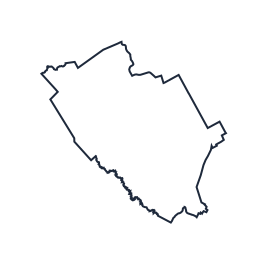 the district of Palmerston North City, Manawatu-Wanganui, New Zealand, rotated 103°
{"feature_id": "76426892B89930780438599", "entity_name": "Palmerston North City", "entity_type": "district", "adm_level": 2, "iso_a3": "NZL", "parent_name": "New Zealand", "parent_adm1": "Manawatu-Wanganui", "projection": "albers", "projection_center": [175.702, -40.399], "detail": "fine", "context": "isolated", "style": "outline", "palette": "slate", "viewbox_px": 256, "rotation_deg": 103, "n_neighbors": 0, "source": "geoboundaries", "source_scale": "gbopen_adm2", "svg_char_len": 5634}
<svg xmlns="http://www.w3.org/2000/svg" viewBox="0 0 256 256"><g transform="rotate(103 128 128)"><path d="M45.5,153.7L46.3,154.9L47.9,156.8L57.3,169.7L80.7,190.3L75.6,194.8L78.9,203.4L79.4,203.2L80.1,203.3L81.1,203.7L81.7,204.3L82.0,204.3L82.7,205.2L82.7,206.0L82.5,206.8L83.1,207.6L83.2,208.6L83.6,208.8L84.8,210.2L85.5,210.5L87.1,210.4L87.1,210.7L87.6,211.5L87.5,212.5L87.3,213.4L86.7,213.7L86.0,214.7L85.8,215.3L85.3,216.1L85.3,216.5L85.7,217.6L86.0,217.9L85.8,219.2L85.9,219.6L85.8,220.0L86.1,220.4L86.4,220.5L87.0,220.4L87.5,219.7L88.8,220.1L89.5,220.2L90.0,220.1L90.7,221.0L91.7,221.6L92.2,221.5L92.7,221.8L93.2,222.5L93.3,223.3L94.2,224.3L94.6,224.6L106.6,207.3L108.6,204.6L117.6,210.1L150.0,178.1L153.4,177.2L167.7,156.7L162.6,153.1L162.7,152.9L163.0,153.0L163.3,153.3L163.4,153.2L163.4,152.8L164.2,152.3L164.3,152.1L164.8,151.9L165.0,151.6L165.7,151.7L166.0,151.5L166.3,151.7L167.6,150.5L167.9,150.0L168.0,149.2L167.8,149.0L167.8,148.7L168.0,148.5L168.7,148.3L169.7,148.5L169.7,148.2L169.9,148.2L170.3,147.6L170.7,147.6L170.9,147.3L172.1,146.8L172.3,146.4L172.1,146.0L171.9,145.8L172.0,145.6L172.0,145.2L172.6,145.3L172.7,144.9L173.0,144.8L173.2,144.4L173.1,144.0L172.9,143.8L172.9,143.6L172.7,143.5L172.9,143.0L172.3,142.6L173.0,142.0L173.2,141.6L173.2,141.3L173.8,141.1L174.6,139.9L175.3,139.2L175.4,138.6L175.6,138.4L176.2,138.0L176.0,137.8L175.9,137.4L176.0,137.0L175.7,136.6L175.4,136.5L175.2,136.3L175.0,136.5L174.9,136.4L174.7,136.5L174.5,136.1L173.7,136.2L173.7,135.6L173.5,135.4L173.5,135.1L173.7,134.8L173.7,134.5L173.3,133.7L172.8,133.4L172.4,132.7L172.7,132.5L173.1,132.6L173.5,132.3L173.0,131.5L173.1,131.3L173.3,131.1L173.2,130.8L172.8,130.6L173.7,130.1L173.7,129.8L174.4,130.0L174.5,129.8L175.1,129.5L175.4,129.0L175.5,129.1L175.5,128.6L176.3,128.4L176.6,128.6L176.9,128.6L177.1,128.9L177.2,128.7L177.6,128.6L177.6,128.4L177.8,128.2L177.9,127.7L178.0,127.5L178.2,127.4L178.4,127.0L178.2,126.9L178.3,126.5L178.2,126.3L178.6,125.5L178.2,124.9L178.0,124.7L178.2,124.4L178.5,123.9L178.5,123.4L178.2,122.7L178.5,122.6L178.4,122.4L178.6,122.3L178.6,122.1L179.7,122.0L179.5,122.4L179.8,122.9L180.3,123.0L180.5,122.8L180.6,122.4L180.8,122.0L181.0,121.9L181.0,121.4L181.5,121.3L181.6,121.5L182.1,121.6L181.8,120.9L181.8,120.3L182.6,120.0L183.0,119.4L183.5,119.6L183.9,119.4L184.1,119.6L184.3,119.4L184.7,119.3L184.9,119.5L185.7,118.9L185.8,118.6L185.6,118.4L185.7,117.9L185.9,117.8L185.8,117.5L185.9,117.2L186.4,117.6L186.8,117.4L186.6,116.0L186.9,116.2L187.2,116.2L187.4,115.8L187.7,115.7L187.9,115.8L188.3,115.4L188.4,115.2L188.3,114.7L187.9,114.4L188.1,114.1L188.3,113.9L188.1,113.2L188.2,112.9L188.5,112.7L188.8,112.6L189.5,112.8L189.6,112.4L189.0,111.6L189.6,111.6L190.0,111.2L190.3,111.0L190.5,111.1L191.1,111.7L191.3,111.3L192.1,111.7L192.1,111.2L191.6,110.3L191.8,110.2L191.5,109.9L191.8,109.8L192.2,109.8L192.4,110.1L192.7,109.8L192.8,109.8L193.1,109.3L193.5,109.3L194.0,109.6L194.0,109.4L194.7,108.8L195.0,108.8L195.1,108.7L195.3,108.8L195.4,109.0L195.3,109.3L195.9,109.4L195.9,109.1L196.2,109.0L196.1,108.7L196.4,108.5L196.8,108.6L196.9,108.4L196.7,108.3L196.7,108.1L196.8,108.1L196.8,107.8L197.0,107.5L197.3,107.4L197.4,107.0L197.1,106.8L197.0,106.6L196.9,106.8L196.5,106.6L196.2,106.6L195.8,105.7L195.6,106.0L195.3,106.3L195.2,106.1L194.7,105.4L194.3,105.8L194.1,105.8L194.0,105.6L194.1,105.4L193.6,105.0L193.5,104.2L193.5,103.8L193.4,103.6L194.1,103.2L194.6,102.7L194.2,102.3L194.2,101.8L194.5,101.5L195.0,101.5L194.8,101.1L194.9,100.8L195.1,100.6L195.3,99.9L195.6,99.9L195.9,99.5L196.0,99.5L196.0,99.2L196.5,99.1L196.8,99.3L196.8,99.0L197.0,99.0L197.0,98.9L197.2,98.6L197.6,98.7L198.1,98.9L198.1,98.4L198.7,98.7L199.2,98.7L198.6,97.9L198.6,97.5L198.8,97.5L198.9,97.3L198.7,97.1L199.1,96.8L199.4,96.8L199.5,96.7L200.0,96.8L200.9,95.9L201.3,93.9L201.1,92.1L203.2,90.3L203.5,88.8L204.1,88.5L203.7,88.2L203.7,87.9L203.9,87.9L203.7,87.5L203.8,87.3L203.7,87.2L203.3,87.0L203.2,86.7L202.9,86.5L202.6,86.2L202.9,86.0L202.7,85.5L202.3,85.3L202.2,85.0L202.6,85.0L202.3,84.3L202.2,83.8L202.5,83.6L202.8,83.7L203.0,83.6L203.5,83.8L203.9,84.2L204.2,84.3L204.2,84.1L204.7,84.2L204.9,84.0L205.3,83.9L205.0,83.7L204.6,83.7L204.1,83.5L204.1,83.2L204.3,83.0L204.1,82.7L204.2,82.4L204.4,82.2L204.2,81.5L204.5,81.3L204.4,81.0L204.5,80.8L204.8,80.6L205.0,80.6L205.1,80.2L205.5,80.2L205.5,79.5L206.1,79.4L206.5,79.0L206.8,79.0L210.5,65.0L208.5,64.2L207.3,64.0L205.2,63.5L204.5,62.8L202.9,62.2L200.2,60.1L199.6,59.2L199.5,58.7L198.7,57.7L197.3,56.7L196.8,56.4L195.8,56.2L194.3,56.4L193.6,56.2L192.8,55.2L192.2,55.2L192.3,54.6L192.6,54.2L194.3,53.4L195.1,52.9L196.2,52.6L197.1,51.8L197.5,51.1L197.8,49.7L197.8,49.0L198.0,47.6L198.0,46.9L198.2,46.1L198.1,45.6L198.3,44.1L198.8,42.2L199.5,41.0L196.7,40.3L195.2,40.1L195.4,38.4L194.0,38.2L194.4,37.2L194.8,36.6L193.4,36.2L192.0,35.6L192.4,32.7L190.1,32.1L189.2,34.0L187.1,33.7L185.4,36.2L185.0,36.0L184.0,39.7L170.1,47.9L157.7,46.5L147.1,46.1L141.7,45.2L137.2,43.8L130.7,42.3L126.6,42.5L128.4,41.1L125.3,37.5L124.2,38.4L120.5,34.2L118.0,32.0L114.1,34.9L111.0,31.4L110.3,32.2L101.2,40.2L110.1,50.3L80.6,76.6L80.5,76.8L64.9,90.6L75.6,102.6L76.2,103.5L69.5,107.4L72.5,112.6L71.3,114.6L69.3,118.3L69.1,118.8L69.0,119.5L69.0,120.1L69.3,120.8L73.4,127.9L73.8,129.5L73.9,131.9L74.4,133.3L75.4,134.7L76.2,135.7L72.5,139.1L70.6,140.0L68.5,139.8L67.9,139.6L66.9,138.9L66.4,138.2L65.5,137.4L64.8,137.1L64.2,137.3L63.3,137.9L61.9,139.1L60.8,140.6L59.4,141.0L57.5,141.9L55.9,142.3L54.7,143.8L54.2,144.8L53.5,146.0L52.4,147.0L51.4,147.7L49.2,148.4L48.6,148.7L48.1,149.2L47.9,149.7L47.9,150.2L48.1,152.0L47.7,152.7L47.2,153.1L45.5,153.7Z" fill="none" stroke="#1e293b" stroke-width="2"/></g></svg>